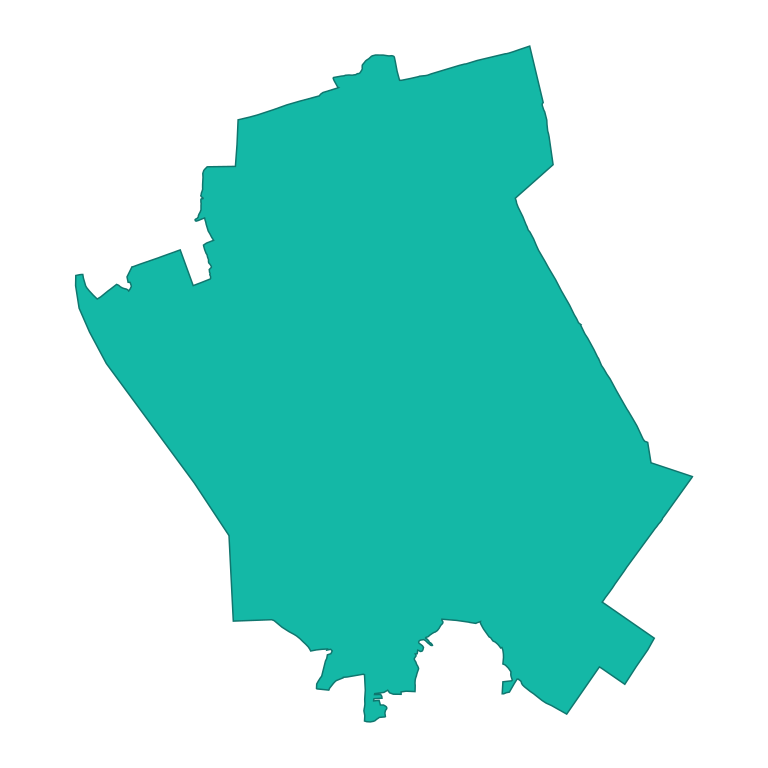 Slatina, Olt, Romania (orthographic projection)
{"feature_id": "2599482B52224640698115", "entity_name": "Slatina", "entity_type": "district", "adm_level": 2, "iso_a3": "ROU", "parent_name": "Romania", "parent_adm1": "Olt", "projection": "orthographic", "projection_center": [24.391, 44.434], "detail": "fine", "context": "isolated", "style": "filled", "palette": "teal", "viewbox_px": 768, "rotation_deg": 0, "n_neighbors": 0, "source": "geoboundaries", "source_scale": "gbopen_adm2", "svg_char_len": 6039}
<svg xmlns="http://www.w3.org/2000/svg" viewBox="0 0 768 768"><path d="M566.7,714.1L599.4,666.9L601.6,668.3L624.8,684.3L636.3,666.5L647.8,649.8L654.3,638.2L602.2,602.1L603.2,600.8L605.3,597.6L609.6,591.9L612.4,588.0L615.0,584.0L624.3,570.9L626.6,567.4L655.1,528.5L656.8,526.5L658.5,524.1L660.3,522.1L661.5,520.5L662.1,519.5L662.8,517.9L664.6,515.6L692.0,477.4L692.4,476.6L651.0,462.8L647.7,442.4L644.6,441.2L643.0,438.9L637.0,426.0L632.9,418.9L628.5,411.5L627.1,409.4L620.8,398.4L616.5,390.8L610.1,378.9L608.4,376.4L606.8,374.1L604.0,369.2L601.5,365.5L598.5,358.4L597.6,357.1L594.0,349.7L587.6,338.0L585.2,334.4L584.4,332.9L580.7,325.2L581.1,324.8L578.5,322.7L576.5,318.5L574.2,314.6L569.6,305.2L561.3,290.7L555.6,279.7L548.5,267.7L545.1,261.5L538.5,250.2L536.1,244.9L533.6,238.9L529.9,232.0L528.2,230.0L527.0,226.6L526.0,224.6L522.8,216.6L518.1,207.1L516.6,203.2L516.3,201.3L515.3,198.2L553.1,164.7L549.1,136.8L548.5,133.8L547.7,131.0L547.0,124.4L546.8,120.1L544.7,111.8L543.8,110.1L542.4,105.9L542.2,104.9L542.2,104.0L542.5,103.4L543.2,102.6L529.7,46.1L522.9,48.4L519.3,49.6L513.3,51.7L508.9,53.1L506.5,53.7L505.2,53.8L477.1,60.5L466.1,63.9L464.4,64.1L459.3,65.4L431.1,73.9L427.6,75.2L425.5,75.6L419.6,76.2L418.3,76.7L410.4,78.5L401.5,80.3L399.6,80.3L399.4,79.7L397.1,71.2L395.2,61.1L394.4,57.4L394.2,56.9L393.8,56.4L392.8,55.9L391.4,55.7L389.7,55.9L388.6,55.9L383.3,55.1L381.9,55.1L375.6,55.0L372.4,55.8L371.4,56.3L368.8,58.7L366.6,60.1L365.4,61.1L364.5,62.4L363.5,63.5L362.3,65.1L362.2,66.1L362.2,67.8L362.3,68.7L361.9,69.8L360.5,72.1L359.7,73.1L358.6,73.6L357.6,73.6L356.9,73.9L356.2,74.4L355.2,74.8L354.4,74.8L352.2,75.2L348.9,75.0L345.2,75.3L344.2,75.8L341.3,76.1L333.6,77.5L333.3,77.8L333.2,78.4L334.1,80.6L337.6,86.9L337.9,87.3L338.5,87.6L337.2,88.1L323.0,92.5L320.7,94.1L319.2,95.9L299.9,101.1L286.8,104.9L273.7,109.6L257.3,115.0L249.6,117.1L238.1,119.8L237.0,144.8L235.4,166.4L207.2,166.8L204.8,169.2L204.0,170.2L203.7,170.7L202.8,173.5L203.0,177.4L202.6,184.7L202.6,188.2L202.7,189.0L202.2,190.9L201.4,193.0L201.1,195.0L200.8,195.5L200.9,195.9L201.3,196.6L201.8,197.1L202.5,197.6L203.1,198.2L203.0,198.6L202.7,198.7L201.9,198.7L201.2,198.9L200.9,199.4L200.9,201.3L201.0,203.1L201.2,203.5L201.0,205.0L201.0,209.8L200.1,212.2L199.0,214.1L198.3,216.0L198.3,217.0L197.0,218.5L195.5,219.2L195.1,219.6L195.1,219.9L195.3,220.6L195.5,220.9L196.3,221.1L198.3,220.5L201.4,219.2L204.6,218.0L205.2,220.5L205.7,221.9L206.2,224.4L208.2,231.0L210.2,234.4L211.5,237.0L213.6,240.3L206.9,242.9L206.0,243.4L203.5,245.1L203.6,245.8L204.6,249.5L206.1,253.4L207.0,254.7L207.6,257.3L208.5,259.6L208.5,261.7L208.7,262.8L209.3,263.5L210.1,264.4L210.6,265.2L211.0,265.9L211.4,266.8L211.4,267.1L211.2,267.5L209.2,269.6L209.4,270.7L209.5,272.1L210.1,273.6L209.8,274.8L210.3,275.7L210.6,276.7L210.6,278.4L210.2,279.0L200.4,282.9L193.2,285.6L180.2,249.9L159.7,257.3L159.0,257.6L139.9,264.2L132.8,266.8L132.0,266.8L127.0,276.9L128.1,282.3L130.1,282.4L131.1,285.2L131.3,286.6L130.0,289.2L128.7,291.0L127.8,289.9L126.4,289.1L124.7,288.7L122.5,288.0L120.2,286.7L118.7,285.3L116.6,284.4L109.6,289.8L108.3,290.7L100.7,296.9L97.2,299.0L93.2,295.1L89.3,290.9L86.8,287.8L85.7,286.0L83.4,278.1L82.8,274.5L81.4,274.5L79.6,274.7L75.8,275.5L75.6,285.7L79.1,308.2L89.5,332.0L106.3,363.5L194.2,482.9L229.0,535.6L233.3,621.1L271.7,619.7L274.1,620.6L282.0,627.2L288.9,631.6L293.9,634.3L296.5,635.9L300.0,638.7L302.8,641.5L305.6,644.1L308.2,646.8L309.9,649.4L310.7,651.0L316.4,649.9L322.0,649.3L327.4,649.0L326.9,650.1L330.7,649.3L332.2,650.9L330.9,653.7L327.4,654.8L326.7,658.5L325.5,660.9L321.7,676.1L320.2,678.1L318.3,681.1L316.7,684.0L316.5,688.5L317.0,688.9L328.8,690.1L329.6,688.2L333.5,683.3L335.4,681.3L336.5,680.5L343.2,677.8L343.3,677.3L347.1,677.0L363.3,674.2L363.7,674.5L364.5,674.6L365.3,690.2L364.7,699.4L364.9,704.1L364.5,707.2L364.2,708.6L363.9,710.8L364.8,715.7L364.5,721.0L366.8,721.7L370.3,721.9L373.5,721.3L375.0,720.7L376.6,719.3L377.7,718.6L379.3,717.4L384.9,716.9L385.4,716.6L384.9,713.0L385.5,710.4L386.7,708.8L386.8,707.9L386.4,706.9L385.3,706.0L383.5,705.0L380.4,705.0L379.1,700.4L373.6,700.9L373.6,700.3L374.0,698.7L382.0,698.2L381.8,696.3L380.7,694.5L374.5,694.6L374.7,693.6L383.9,692.4L387.7,690.2L389.6,692.8L393.3,694.2L401.1,694.3L401.1,691.9L406.1,691.2L415.0,691.6L415.1,689.8L415.2,685.5L415.0,683.1L415.2,680.0L415.6,678.1L416.4,675.9L416.8,674.1L417.5,671.9L418.4,669.4L418.6,668.7L418.4,667.8L417.7,666.1L416.7,664.5L415.9,662.2L415.5,661.4L414.9,660.6L414.4,659.6L414.3,658.8L414.4,658.3L415.1,657.3L416.0,656.0L416.0,655.3L415.8,654.6L415.3,654.0L417.2,653.7L417.7,650.2L418.9,650.6L420.2,651.4L420.6,651.5L421.8,651.2L422.4,650.8L422.7,650.2L423.0,649.5L423.5,647.4L422.5,645.8L421.0,644.6L419.2,643.3L418.8,642.8L418.7,642.2L418.7,641.7L419.1,641.1L419.7,640.5L420.6,640.1L423.7,639.6L425.4,640.6L428.3,643.4L429.5,644.2L430.4,645.1L431.1,645.4L431.7,645.5L432.2,645.5L432.5,645.3L432.3,644.8L431.3,643.5L430.6,642.9L429.4,642.3L429.1,641.6L428.7,640.9L427.4,639.4L426.7,638.9L426.0,638.6L425.6,638.2L425.6,637.8L425.9,637.4L427.8,636.8L428.6,636.3L429.5,635.4L432.0,633.6L434.2,632.3L434.9,632.2L435.7,631.7L436.6,631.1L437.4,630.5L439.1,628.3L440.4,626.0L441.0,625.1L442.3,623.8L442.7,623.2L442.9,622.5L442.9,622.1L442.8,621.6L442.0,620.4L441.8,619.9L441.9,619.2L456.6,620.4L469.1,622.2L469.5,622.4L475.9,623.4L476.4,623.0L480.4,621.6L480.2,622.2L480.3,622.6L480.9,624.2L482.7,627.6L483.7,629.3L488.9,636.6L489.1,636.9L490.6,637.7L492.8,640.8L493.3,641.2L493.8,641.3L494.2,641.6L495.3,642.1L497.8,644.3L499.0,645.7L500.7,648.0L501.9,647.5L502.8,649.9L503.0,651.0L503.4,654.0L503.5,657.4L502.9,664.0L504.7,664.7L505.7,665.4L508.2,667.9L510.2,670.7L510.9,671.8L510.9,672.3L510.8,674.7L510.9,675.4L511.1,676.4L512.3,680.1L511.6,680.8L502.9,681.8L502.2,693.8L503.7,693.8L506.4,692.7L509.4,692.1L514.4,683.4L517.1,679.1L518.6,679.2L518.8,679.6L520.6,680.9L521.2,681.8L521.6,683.4L522.5,684.9L524.3,686.7L530.3,691.5L533.4,693.6L542.1,700.5L546.1,703.1L551.4,705.5L566.7,714.1Z" fill="#14b8a6" stroke="#0f766e" stroke-width="1.5"/></svg>